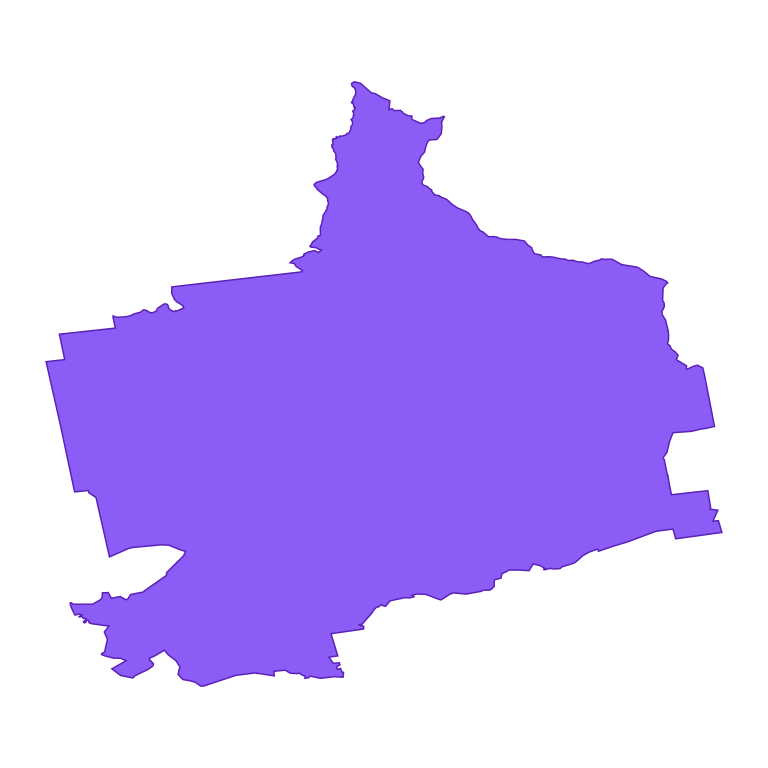 Rendas pag., Kuldigas, Latvia
{"feature_id": "27541924B10762740243269", "entity_name": "Rendas pag.", "entity_type": "district", "adm_level": 2, "iso_a3": "LVA", "parent_name": "Latvia", "parent_adm1": "Kuldigas", "projection": "robinson", "projection_center": [22.21, 57.075], "detail": "fine", "context": "isolated", "style": "filled", "palette": "violet", "viewbox_px": 768, "rotation_deg": 0, "n_neighbors": 0, "source": "geoboundaries", "source_scale": "gbopen_adm2", "svg_char_len": 6083}
<svg xmlns="http://www.w3.org/2000/svg" viewBox="0 0 768 768"><path d="M704.7,375.9L702.8,367.9L697.5,365.2L693.3,366.4L686.8,369.3L686.3,368.2L686.5,365.8L676.3,359.6L678.1,355.3L675.4,352.1L671.3,349.0L670.1,346.0L667.4,343.6L668.5,340.2L668.6,335.7L668.2,330.8L665.5,319.9L662.3,314.9L661.9,311.2L663.3,309.1L663.6,307.7L664.4,306.8L664.0,302.7L662.6,300.5L663.1,288.0L666.6,283.3L667.7,283.0L666.7,281.5L661.8,279.0L650.0,276.4L644.6,271.8L638.6,267.9L636.5,267.0L621.7,264.6L612.2,259.3L607.7,259.1L605.7,259.5L601.2,258.9L599.4,260.2L594.0,261.4L590.0,263.3L588.3,263.6L581.2,261.8L578.6,262.0L572.5,260.2L568.2,260.6L565.3,259.1L560.7,258.9L553.0,257.1L548.6,256.7L542.5,257.0L540.7,254.8L535.2,254.0L534.3,253.5L532.7,250.8L531.5,247.5L527.9,245.1L524.4,241.0L515.6,239.4L508.0,239.4L502.0,238.9L498.2,238.0L498.0,237.4L493.9,236.6L488.4,236.7L482.6,231.7L480.7,231.2L478.4,228.5L477.6,227.5L476.5,224.8L472.3,219.2L471.2,216.5L468.7,213.2L465.9,211.5L457.4,207.9L452.2,204.4L446.7,199.4L440.8,197.0L439.5,195.8L434.7,194.9L431.6,191.1L431.7,189.9L428.8,188.2L427.6,186.8L422.9,184.9L421.9,182.7L422.2,180.9L423.5,178.5L423.7,176.9L422.9,174.4L422.7,171.8L423.2,169.5L419.8,164.9L418.4,162.2L421.0,156.1L424.6,152.0L425.4,148.0L427.5,141.9L429.6,140.0L437.0,139.4L441.3,133.7L441.9,127.2L441.6,122.1L444.3,116.8L443.3,116.3L439.8,118.0L431.4,118.5L426.8,120.4L424.6,122.5L420.8,123.4L412.5,119.7L411.6,118.5L411.9,116.1L407.9,115.6L403.1,113.2L402.2,111.7L400.3,110.4L394.4,110.6L393.2,110.0L392.7,109.0L391.4,108.8L389.0,109.7L389.9,100.8L382.2,97.7L375.4,93.7L371.1,92.7L360.7,83.4L354.6,81.8L352.8,82.5L351.5,83.6L351.9,85.6L352.3,86.4L354.3,87.8L355.3,89.3L355.8,93.0L354.9,95.7L353.0,99.2L352.6,101.5L351.9,101.7L352.2,102.1L351.7,102.9L353.1,103.4L353.9,106.9L355.3,107.4L354.4,108.5L354.7,109.4L354.6,109.8L352.9,110.8L352.8,111.5L353.4,112.4L353.7,114.1L353.3,115.2L353.4,117.0L351.1,119.7L352.3,121.3L352.6,123.4L352.4,124.5L350.9,126.9L350.7,129.5L349.3,132.4L348.2,133.3L347.0,133.4L346.4,134.4L345.0,135.3L341.1,136.3L339.8,136.0L339.5,136.5L337.7,137.5L336.5,136.6L336.0,137.1L336.5,138.2L336.4,138.4L334.5,138.9L333.6,138.6L332.5,139.4L332.8,140.2L332.5,141.0L333.0,141.6L332.8,142.5L333.1,143.4L332.9,144.4L331.9,144.8L332.0,145.6L331.8,146.2L332.3,146.9L332.2,147.6L333.6,149.3L333.6,150.8L334.8,152.1L335.7,153.8L336.1,158.3L335.5,158.9L337.4,162.9L337.2,163.7L337.8,165.5L337.0,166.4L337.7,168.0L337.2,170.0L336.7,170.6L336.8,171.0L336.4,171.2L336.4,171.9L334.4,174.3L328.5,178.3L325.1,179.8L316.8,182.2L314.1,184.4L314.6,186.1L316.3,187.7L317.0,189.1L321.0,192.6L325.0,195.7L326.2,196.3L326.4,197.1L327.6,198.5L327.6,200.8L328.5,203.0L328.0,205.4L327.0,207.0L327.2,208.1L326.6,210.0L326.0,210.4L325.7,211.5L323.1,215.2L322.7,219.6L322.0,220.9L321.9,223.0L320.3,227.5L320.4,235.1L319.6,235.9L318.2,235.9L317.2,238.5L315.2,239.7L314.7,240.6L312.9,241.5L312.3,242.3L311.6,244.2L310.6,245.1L310.4,245.8L309.9,246.3L311.2,247.2L315.5,247.5L319.4,249.4L321.5,249.9L318.4,252.7L317.3,251.6L316.0,251.5L314.5,250.5L310.2,251.7L308.7,251.8L304.1,254.1L303.8,254.4L304.4,254.8L303.2,256.2L300.6,257.4L295.3,259.0L292.5,260.5L290.1,262.8L294.2,263.4L296.0,266.3L302.4,270.6L301.3,271.9L171.8,286.9L171.7,293.3L174.6,299.6L177.0,302.0L182.4,305.3L183.8,308.0L176.4,311.1L175.5,310.6L174.4,311.7L171.4,310.5L169.0,308.7L167.9,305.2L167.2,304.4L166.0,303.9L164.0,304.0L157.7,308.2L156.1,311.2L153.1,312.5L151.2,312.8L149.4,312.3L146.6,310.5L144.0,309.8L142.9,310.2L140.6,312.2L135.1,313.6L130.1,315.8L126.3,316.7L117.6,317.3L114.8,316.7L113.2,315.9L113.0,317.2L115.3,328.1L59.4,334.2L64.7,359.6L46.1,361.7L60.5,425.5L73.9,488.6L74.8,491.9L88.3,490.5L88.8,492.7L96.0,497.5L109.5,556.9L128.2,548.6L132.6,547.5L161.5,544.8L169.0,545.2L179.1,549.4L185.6,551.5L184.3,554.0L183.8,555.6L166.9,572.3L166.3,573.8L166.7,574.9L166.4,575.4L144.0,591.1L143.9,591.9L130.6,594.5L127.5,599.4L125.6,599.6L120.2,596.5L111.4,598.2L108.2,592.6L102.4,592.8L102.2,597.1L100.7,599.6L92.5,604.2L72.9,604.2L71.4,602.7L70.1,603.1L70.3,604.7L71.5,608.0L74.9,615.0L79.6,614.1L82.1,614.9L78.5,616.9L81.9,616.7L83.5,618.4L84.5,618.1L86.0,618.8L86.0,619.4L83.5,621.6L83.5,622.2L84.3,622.8L84.7,622.9L85.8,622.2L86.7,620.3L87.1,620.0L88.6,620.7L89.1,621.5L88.9,622.6L91.2,623.6L108.9,626.1L104.3,631.9L107.4,639.5L104.6,651.9L101.6,653.7L101.6,654.2L101.9,654.8L105.7,656.1L113.7,658.1L120.7,658.3L126.2,660.7L111.9,668.8L120.6,675.5L132.9,678.0L134.9,675.8L148.3,669.3L152.6,666.2L153.2,665.3L153.4,663.6L150.1,660.3L149.7,660.3L149.5,658.1L154.8,655.9L164.4,650.2L168.3,654.9L176.0,660.7L180.1,667.3L179.2,669.2L178.1,674.4L182.8,679.5L190.6,680.9L194.8,682.1L200.7,686.0L201.5,686.2L204.4,685.8L236.0,675.3L256.2,672.8L256.4,673.4L259.7,673.6L274.3,675.9L273.9,671.3L285.2,670.2L290.0,673.1L297.4,673.7L299.1,673.0L302.4,675.2L304.9,676.2L305.0,678.3L308.6,677.8L310.0,676.1L320.4,678.3L334.1,676.7L342.5,677.2L343.2,677.0L343.5,672.3L342.1,672.4L340.6,668.5L337.5,669.3L336.4,667.2L340.0,664.6L339.3,662.8L333.1,663.2L329.0,657.2L337.8,655.9L331.0,633.7L363.6,629.0L363.7,626.3L358.5,624.8L362.2,624.1L372.5,612.3L373.6,610.2L376.9,606.8L378.3,607.1L380.8,604.9L385.4,606.4L390.2,600.8L405.1,597.6L409.1,598.0L414.0,596.8L413.1,595.6L412.2,595.2L416.7,594.0L426.0,594.4L438.5,599.2L441.0,599.9L449.9,594.2L453.2,592.9L466.2,594.1L481.3,591.3L483.3,590.1L489.4,590.2L491.4,589.2L494.2,586.4L494.3,579.9L501.1,578.1L501.7,573.9L509.5,570.0L520.3,570.1L529.1,570.7L533.1,564.0L540.0,565.6L545.5,568.7L543.7,569.3L544.2,569.8L550.1,568.4L553.6,569.0L559.9,568.6L562.4,566.7L573.6,563.3L577.0,561.0L582.5,555.9L589.1,552.1L597.3,549.2L598.0,549.4L598.4,551.3L612.8,546.3L628.1,541.7L654.2,531.9L657.0,531.1L673.0,529.1L675.7,538.8L721.9,532.4L718.4,520.7L713.0,521.2L717.8,510.2L710.2,509.2L710.3,507.7L710.6,507.7L710.5,506.6L707.8,490.7L671.5,494.7L669.6,485.8L668.1,477.1L668.0,475.5L667.6,475.6L667.3,474.5L664.2,459.6L663.2,458.0L663.2,457.5L667.0,452.3L669.5,441.6L673.0,432.7L691.8,431.3L699.6,429.3L706.4,428.3L714.5,426.4L704.7,375.9Z" fill="#8b5cf6" stroke="#5b21b6" stroke-width="1.5"/></svg>